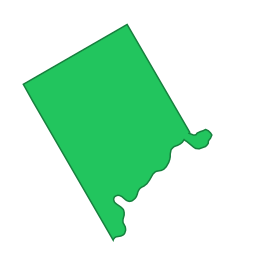 the district of Nemaha, Nebraska, United States of America, rotated 60°
{"feature_id": "52423323B47772109316300", "entity_name": "Nemaha", "entity_type": "district", "adm_level": 2, "iso_a3": "USA", "parent_name": "United States of America", "parent_adm1": "Nebraska", "projection": "equal_earth", "projection_center": [-95.661, 40.412], "detail": "fine", "context": "isolated", "style": "filled", "palette": "green", "viewbox_px": 256, "rotation_deg": 60, "n_neighbors": 0, "source": "geoboundaries", "source_scale": "gbopen_adm2", "svg_char_len": 1253}
<svg xmlns="http://www.w3.org/2000/svg" viewBox="0 0 256 256"><g transform="rotate(60 128 128)"><path d="M37.8,196.8L57.6,197.1L217.7,196.9L217.0,196.2L216.9,195.7L216.3,194.2L216.3,192.8L218.0,188.1L218.2,185.8L218.0,184.6L217.4,183.4L215.5,181.3L214.3,180.6L212.2,179.8L207.4,179.6L205.5,178.6L204.5,177.9L201.5,174.9L199.3,173.6L197.4,173.0L196.3,172.8L194.8,173.1L192.9,173.7L188.3,175.9L186.3,176.6L185.2,176.8L183.0,176.3L182.1,175.7L181.0,174.4L180.8,173.5L180.8,172.1L181.2,170.4L182.3,169.0L184.3,167.6L189.2,165.9L190.6,165.1L192.2,163.6L192.9,161.8L193.1,160.6L192.7,158.0L192.4,156.8L191.6,155.1L190.0,153.1L188.1,151.2L186.7,148.9L186.2,147.3L186.1,145.0L186.3,143.5L185.7,139.5L183.8,135.3L180.4,129.5L179.6,126.2L179.8,124.8L180.7,122.2L181.4,120.3L181.6,117.6L180.7,114.3L178.2,110.0L176.0,107.5L174.1,105.9L171.6,104.4L168.5,101.7L168.0,100.7L167.4,98.7L167.2,97.3L167.4,95.8L167.8,93.8L167.9,90.6L167.5,88.1L166.1,85.2L167.6,84.7L168.9,83.9L177.3,80.8L179.5,79.7L181.6,76.8L182.8,70.2L182.4,68.4L181.5,66.3L179.3,64.7L178.1,61.7L176.0,58.9L173.5,59.0L170.6,59.8L168.1,61.5L167.9,64.4L167.3,67.0L167.0,70.7L167.8,72.5L167.1,74.6L163.1,77.8L162.6,76.7L37.9,77.0L37.8,196.8Z" fill="#22c55e" stroke="#15803d" stroke-width="1.5"/></g></svg>